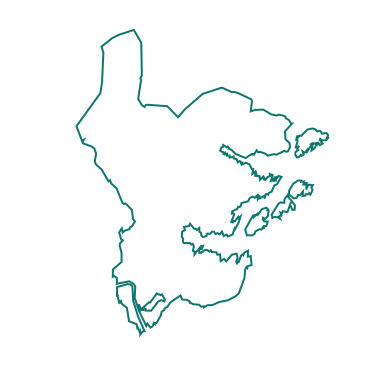 outline of Porsgrunn nor, Telemark, Norway, rotated 280°
{"feature_id": "86288312B50854696471252", "entity_name": "Porsgrunn nor", "entity_type": "district", "adm_level": 2, "iso_a3": "NOR", "parent_name": "Norway", "parent_adm1": "Telemark", "projection": "equal_earth", "projection_center": [9.72, 59.108], "detail": "fine", "context": "isolated", "style": "outline", "palette": "teal", "viewbox_px": 384, "rotation_deg": 280, "n_neighbors": 0, "source": "geoboundaries", "source_scale": "gbopen_adm2", "svg_char_len": 6069}
<svg xmlns="http://www.w3.org/2000/svg" viewBox="0 0 384 384"><g transform="rotate(280 192 192)"><path d="M267.8,273.0L276.8,278.7L276.6,277.7L279.7,275.0L280.9,271.6L282.5,270.9L283.2,267.2L283.2,263.8L282.0,261.9L282.2,256.7L285.5,247.8L283.8,239.9L281.6,235.8L292.0,235.3L293.6,234.1L297.1,221.3L297.9,216.8L297.3,213.6L300.0,203.2L290.5,185.5L272.4,170.8L263.2,165.3L272.2,152.7L270.2,133.1L269.8,131.5L267.5,130.5L268.8,127.6L274.3,122.8L293.5,122.4L294.7,121.5L298.4,122.3L330.2,116.1L341.5,106.6L334.4,93.2L329.7,86.7L319.4,77.6L314.0,80.5L285.0,84.3L273.5,84.6L236.7,66.8L223.5,74.7L224.7,76.4L222.3,75.4L221.0,76.1L219.4,85.3L217.8,88.3L213.2,90.9L205.1,91.0L202.4,92.7L198.5,99.0L188.0,108.0L189.4,109.3L186.4,110.9L182.6,117.0L169.4,125.3L168.4,127.0L169.2,128.6L163.8,136.0L155.3,138.5L153.1,141.0L147.6,138.6L146.2,136.9L144.6,137.0L142.0,132.2L140.1,130.8L144.0,129.1L139.5,127.3L132.9,130.6L132.4,132.3L128.9,130.0L126.7,130.1L119.7,133.2L110.9,134.8L101.9,127.6L94.8,128.7L95.9,129.7L94.3,132.9L88.6,133.9L93.2,145.8L91.0,151.0L88.8,152.6L77.8,153.9L66.6,160.0L67.9,161.5L71.4,159.5L72.3,159.2L67.2,162.0L75.7,168.6L75.9,170.0L86.0,175.0L84.9,179.0L86.0,180.1L81.2,184.1L79.5,183.8L80.1,180.5L78.4,177.8L68.0,172.4L67.2,166.9L68.5,166.8L68.7,164.4L67.3,164.6L67.4,162.8L65.2,160.9L52.1,170.2L54.7,170.9L51.2,174.6L52.9,176.5L55.7,177.1L55.5,178.0L56.6,177.3L56.8,179.8L65.6,182.9L64.9,182.6L69.0,183.0L71.2,185.4L72.5,185.2L74.6,187.6L79.5,189.9L88.1,198.6L84.4,201.0L84.8,205.0L84.3,208.0L83.2,208.7L84.3,208.9L82.8,209.0L81.7,212.8L82.2,218.7L80.7,220.8L81.4,223.7L80.5,223.9L83.2,227.0L84.1,231.6L88.3,237.7L91.7,246.4L97.0,253.1L100.5,255.7L116.1,258.6L125.0,257.8L127.3,258.6L126.7,259.6L128.5,259.5L130.4,263.3L139.0,261.0L138.0,258.2L144.0,257.3L141.4,254.1L139.1,253.5L139.7,253.1L138.8,253.2L139.4,252.8L138.5,252.9L139.1,252.5L138.0,251.4L131.1,250.1L130.1,249.0L132.4,249.1L130.1,248.7L131.2,247.6L135.0,248.4L139.0,246.6L137.1,242.1L129.6,237.7L131.8,235.3L128.9,232.2L135.5,230.4L134.6,227.9L136.9,226.5L136.2,221.8L137.8,220.6L136.4,219.4L137.6,216.6L136.8,214.3L133.7,211.6L133.9,210.1L132.5,210.0L136.7,209.2L138.0,211.8L141.0,212.2L140.1,210.2L131.0,205.3L133.8,204.9L134.1,203.1L138.7,203.3L141.0,201.8L140.1,200.5L141.4,198.7L140.3,192.9L141.4,191.8L144.4,191.4L146.0,189.8L151.3,189.2L153.3,191.7L156.2,190.2L158.0,195.0L160.4,195.6L156.1,200.5L156.5,201.8L155.4,203.4L157.9,205.4L154.1,206.2L153.5,207.9L150.9,208.7L149.5,210.6L151.3,213.9L153.7,214.2L153.8,216.9L156.5,218.7L156.7,220.4L154.6,222.6L155.9,224.2L155.1,226.6L158.3,228.4L154.1,230.9L156.1,233.4L154.4,235.1L157.1,239.3L163.3,240.2L162.6,240.7L170.5,243.4L176.2,243.9L174.3,242.6L175.6,241.9L170.5,239.4L170.8,237.5L169.2,237.5L169.3,235.9L177.5,237.5L178.3,236.3L177.7,235.1L180.1,235.0L183.1,239.5L186.2,240.1L185.1,240.4L186.1,242.3L189.7,242.7L192.7,249.0L195.7,249.7L198.0,252.2L197.2,254.8L200.7,257.3L199.7,258.9L198.7,257.0L196.6,257.9L198.5,258.4L197.1,258.9L197.4,259.8L201.1,264.3L198.0,264.6L202.7,265.0L202.6,267.5L204.1,267.5L206.2,270.4L212.8,272.0L214.3,274.2L222.4,277.5L222.8,274.6L219.5,272.4L217.9,272.7L217.4,271.1L221.5,272.7L220.5,271.1L221.5,271.1L217.7,269.5L216.6,267.7L223.6,268.6L222.6,268.3L223.2,265.7L221.6,266.5L219.8,263.8L216.6,262.1L216.8,260.8L217.9,261.3L218.3,259.0L218.8,260.4L219.8,259.5L215.8,256.8L219.4,255.8L218.9,251.4L221.7,251.1L221.4,252.0L223.4,251.0L220.3,248.3L225.2,248.3L225.0,246.9L229.2,243.7L230.2,240.0L227.7,236.5L229.4,236.4L228.7,235.3L230.3,234.8L230.7,233.5L229.1,231.9L232.1,230.4L232.3,227.3L234.1,226.8L232.4,223.2L234.5,222.6L233.8,219.9L235.8,219.9L234.9,218.0L236.4,217.7L235.4,216.4L236.4,216.4L237.5,212.6L241.1,213.3L241.6,214.5L243.7,214.6L242.0,218.3L243.0,219.3L241.5,220.8L241.9,221.6L240.9,220.8L240.5,223.3L236.9,228.5L234.8,239.0L239.6,244.0L240.1,245.6L239.4,245.2L239.4,246.5L244.3,248.4L242.6,250.2L243.3,252.0L242.7,256.8L240.9,260.4L243.6,266.3L243.4,268.7L248.6,275.9L248.0,277.4L248.6,279.3L253.1,280.8L257.1,279.6L260.2,275.0L267.8,273.0ZM46.7,169.4L60.6,160.2L74.8,152.9L88.7,149.7L90.1,147.6L90.2,144.7L85.4,134.8L76.9,136.1L77.2,136.8L71.0,139.1L71.6,139.5L70.6,140.2L72.2,141.0L69.8,142.2L66.5,148.1L53.8,152.4L52.1,160.5L48.3,161.9L48.8,162.4L44.8,164.9L45.5,165.1L42.5,165.8L46.2,167.8L46.7,169.4ZM265.0,285.8L261.8,285.6L262.4,286.6L259.9,287.1L254.0,286.4L254.0,287.8L256.0,289.5L252.5,288.2L251.7,289.3L249.5,287.0L246.4,287.3L244.3,289.3L244.8,291.0L247.4,292.6L246.5,293.5L248.4,295.5L251.2,293.9L250.4,295.7L251.0,297.0L253.4,298.1L251.9,298.5L258.4,301.2L259.6,300.6L261.1,302.2L260.9,303.6L258.6,301.4L259.6,302.6L253.7,302.5L256.6,305.2L260.1,306.3L261.1,304.2L262.4,307.6L260.6,307.3L261.5,308.6L260.4,309.9L262.5,312.2L263.4,310.5L264.8,310.8L265.6,308.7L266.6,309.0L265.4,311.6L266.3,315.2L270.0,317.2L268.8,315.6L271.7,316.1L273.4,314.1L272.0,309.8L273.9,308.6L274.4,306.6L273.4,304.7L275.2,302.6L275.5,299.6L273.5,294.7L266.3,289.9L266.3,288.4L264.5,287.1L265.5,286.7L265.0,285.8ZM164.4,250.9L158.9,253.5L159.8,258.9L161.6,260.8L164.4,261.4L167.0,264.8L167.1,267.0L169.1,267.9L168.8,269.0L170.0,269.4L168.9,268.8L169.3,268.0L170.9,268.5L171.4,271.1L176.1,271.7L175.6,268.3L177.2,266.5L179.0,266.4L178.2,268.6L181.5,271.0L187.4,270.6L188.1,269.7L186.2,269.3L188.5,269.3L189.5,268.0L187.3,263.9L181.0,260.8L181.9,260.2L178.7,257.8L180.1,257.9L179.5,256.2L164.4,250.9ZM222.1,297.7L221.9,294.6L217.6,290.1L209.9,287.4L206.4,288.0L203.4,293.5L204.4,296.0L207.5,297.0L207.7,298.9L211.7,301.2L207.1,301.6L208.1,304.3L209.6,304.3L210.1,307.8L211.1,307.8L210.1,309.1L214.9,310.4L217.3,308.7L219.8,309.8L219.4,305.3L214.3,304.0L220.7,303.4L220.5,302.2L218.9,302.2L218.7,300.3L221.8,300.6L221.0,297.7L222.1,297.7ZM183.6,274.4L180.4,275.6L181.6,277.3L182.1,281.0L181.0,283.2L183.0,281.9L184.3,284.2L187.1,282.7L186.6,284.2L188.8,284.8L188.8,289.5L196.5,290.7L191.9,294.0L192.3,296.1L196.8,295.7L199.3,292.9L198.7,291.6L200.5,291.7L203.5,287.8L207.0,287.4L200.8,284.3L197.4,284.8L197.2,281.1L195.7,279.3L183.6,274.4Z" fill="none" stroke="#0f766e" stroke-width="2"/></g></svg>